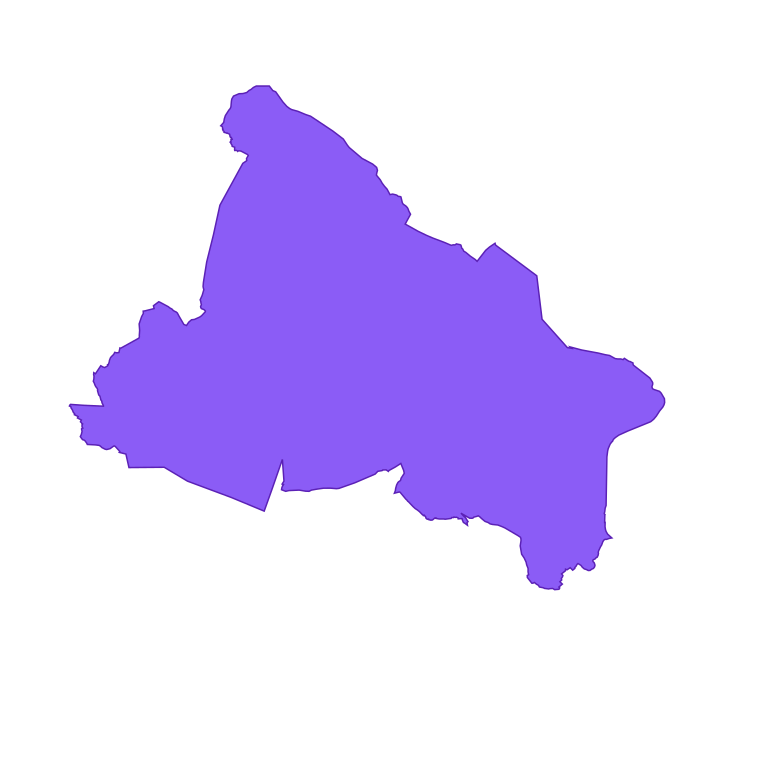 Ecuandureo, Michoacán, Mexico (Albers equal-area conic projection), rotated 210°
{"feature_id": "50627088B9603081712200", "entity_name": "Ecuandureo", "entity_type": "district", "adm_level": 2, "iso_a3": "MEX", "parent_name": "Mexico", "parent_adm1": "Michoacán", "projection": "albers", "projection_center": [-102.25, 20.161], "detail": "fine", "context": "isolated", "style": "filled", "palette": "violet", "viewbox_px": 768, "rotation_deg": 210, "n_neighbors": 0, "source": "geoboundaries", "source_scale": "gbopen_adm2", "svg_char_len": 6171}
<svg xmlns="http://www.w3.org/2000/svg" viewBox="0 0 768 768"><g transform="rotate(210 384 384)"><path d="M632.3,584.7L643.6,578.2L645.4,575.5L646.4,572.7L647.6,570.8L648.6,567.8L651.4,565.0L654.7,562.9L658.3,558.1L658.3,554.7L657.6,552.7L655.2,547.6L654.9,545.8L655.3,543.7L655.6,537.2L654.9,533.9L653.6,530.4L654.5,526.0L652.9,526.1L652.1,525.4L651.1,523.9L650.8,524.0L650.8,523.6L649.9,522.9L648.9,522.8L648.2,522.4L648.2,522.0L646.4,522.5L645.4,522.6L645.3,522.9L642.6,523.1L641.0,521.3L640.2,520.8L639.6,521.2L637.9,520.0L638.8,519.3L638.0,518.1L638.2,516.6L637.3,516.7L636.9,515.8L635.1,514.9L634.3,513.9L631.7,514.4L630.5,512.1L630.0,511.6L628.6,512.5L627.8,512.6L627.0,512.3L626.9,512.7L626.2,513.5L624.2,514.2L617.0,514.5L615.8,514.0L615.8,510.5L614.6,508.9L614.9,508.0L616.6,504.5L615.5,456.8L606.3,427.9L598.6,401.1L591.2,381.7L589.5,378.1L588.8,377.2L587.2,375.6L585.8,369.9L585.3,365.0L583.9,363.8L583.0,362.6L581.8,361.4L581.6,359.4L580.7,358.4L579.7,358.0L577.2,358.4L576.1,358.2L575.1,357.8L574.9,357.2L576.1,351.9L577.1,349.8L580.5,345.1L582.8,343.4L584.0,340.0L584.3,335.9L587.1,335.5L595.5,340.3L598.5,342.2L600.5,342.5L601.1,342.3L603.2,342.3L605.2,342.9L607.5,342.8L609.4,343.1L618.9,342.8L620.2,342.6L622.8,336.5L620.8,334.4L627.5,327.9L629.0,326.7L627.7,324.8L627.6,321.2L626.1,313.6L622.4,308.2L620.2,303.7L619.4,302.5L619.2,301.2L629.7,283.7L630.1,283.3L630.7,283.2L629.3,278.7L631.2,277.3L633.0,276.8L632.9,274.5L633.8,271.3L634.0,269.9L633.6,267.3L632.9,265.4L632.5,262.9L633.0,262.5L632.6,262.1L632.4,261.6L634.1,258.6L636.0,258.2L638.4,258.2L639.0,248.6L641.0,248.7L640.1,246.8L639.2,246.0L637.8,243.3L637.1,241.0L635.6,240.1L633.7,238.5L632.3,237.6L630.0,236.7L628.9,235.6L628.8,235.0L625.6,231.9L623.9,231.4L621.2,228.6L620.0,228.2L618.8,226.7L616.2,225.0L615.9,224.5L633.8,215.2L645.3,209.6L645.5,209.0L645.5,208.0L645.4,207.6L644.0,207.9L642.9,206.7L641.0,205.8L639.0,204.2L636.9,203.4L636.8,202.6L632.6,202.9L632.5,201.3L628.1,201.5L628.0,199.5L626.6,199.2L625.6,198.5L625.1,198.7L624.9,198.0L625.1,197.6L624.3,196.2L622.8,195.2L623.4,194.6L623.5,193.9L621.8,192.0L620.9,189.0L620.7,186.6L617.9,185.3L616.8,185.1L616.0,185.4L614.8,185.4L612.0,184.2L610.7,183.3L603.2,187.1L600.0,188.4L598.5,188.4L596.5,187.9L592.9,188.1L591.4,188.6L588.9,191.0L587.1,195.0L586.3,195.6L585.3,195.5L579.1,193.5L579.1,192.4L572.5,194.3L563.1,184.1L532.7,202.0L505.6,201.6L459.4,209.4L424.2,214.0L428.5,237.6L434.3,267.9L422.1,249.9L422.2,246.4L420.8,246.7L420.8,245.8L421.0,245.8L420.6,243.1L419.9,241.2L415.5,241.9L413.0,244.2L404.4,249.7L398.5,251.9L395.2,253.6L393.8,255.8L389.8,259.2L384.3,263.5L378.5,266.9L372.8,269.6L370.8,271.1L359.9,283.8L346.6,301.6L345.7,305.3L342.3,308.1L342.1,308.9L339.2,310.7L336.5,310.5L336.5,311.5L332.8,317.6L329.7,323.6L323.8,319.0L321.8,316.8L322.1,311.0L321.5,308.9L321.6,308.4L322.5,306.6L322.7,305.6L322.6,302.9L321.7,299.4L320.8,297.2L320.4,294.6L316.8,298.1L315.9,298.3L307.5,295.2L306.4,295.0L304.7,294.3L304.1,294.3L297.7,292.4L294.6,291.7L292.2,291.6L289.5,291.2L285.3,290.0L284.8,290.1L284.1,289.7L283.5,290.5L282.5,290.0L281.8,290.0L280.4,288.7L278.9,288.5L278.3,289.1L277.7,289.3L277.4,288.9L275.3,289.5L274.0,290.5L273.0,293.3L272.1,294.0L271.7,294.0L271.7,293.6L268.7,294.7L264.7,297.0L263.4,297.5L258.7,301.1L258.5,302.3L257.1,303.0L256.9,303.8L255.8,304.0L254.6,304.9L252.9,305.1L252.3,304.3L249.3,306.4L248.7,306.2L248.4,305.6L246.0,303.8L244.4,303.8L241.1,303.4L242.8,305.5L242.4,306.8L246.6,309.0L248.9,309.4L252.8,310.6L242.8,310.6L240.5,311.8L239.8,312.7L239.6,313.7L237.4,315.8L236.5,317.0L234.3,316.8L232.5,316.3L227.8,315.5L224.5,316.1L222.2,315.9L219.8,316.6L214.9,318.8L210.4,319.5L207.3,319.8L192.4,319.7L189.2,319.5L188.0,318.4L187.0,316.8L185.1,311.9L179.7,305.4L175.6,303.4L171.9,300.8L170.0,298.7L167.0,296.3L165.3,293.3L163.4,291.1L164.2,289.8L163.1,288.1L156.4,285.4L155.4,286.0L154.5,287.3L151.5,286.8L150.7,287.0L149.1,286.6L147.9,285.9L144.1,287.2L142.9,287.2L138.8,288.9L138.2,289.6L135.6,291.3L133.4,291.2L130.0,293.6L129.7,294.3L129.9,295.3L131.0,295.6L129.5,299.9L132.8,300.7L132.1,303.1L133.2,304.3L133.0,306.2L133.3,307.6L135.3,308.3L133.5,312.9L134.2,314.4L132.6,314.6L130.9,318.0L127.5,317.1L126.5,319.7L127.0,320.5L126.6,321.9L126.6,324.4L126.2,325.5L122.7,325.4L120.7,324.5L118.1,324.0L116.0,324.5L113.9,324.6L112.4,325.5L111.5,327.5L110.4,329.0L110.2,330.7L110.5,332.2L111.1,333.0L111.9,333.7L112.8,334.4L114.2,334.7L115.0,335.7L114.8,336.6L113.7,338.1L113.4,339.8L112.8,340.5L112.9,342.6L113.6,344.6L114.3,345.3L114.7,346.8L115.1,351.3L115.0,353.3L115.6,356.6L115.6,358.0L115.4,359.2L114.9,360.0L113.6,360.7L111.7,362.9L109.7,364.6L115.3,365.8L118.0,367.4L119.4,368.7L121.2,370.9L123.3,374.7L123.7,374.4L127.2,380.9L127.2,381.3L128.2,381.7L128.5,382.0L128.9,383.6L130.4,387.1L130.9,389.8L154.5,432.3L156.8,437.8L157.5,440.1L158.1,445.0L157.8,447.4L157.4,448.8L157.6,449.7L157.5,451.3L156.8,453.4L155.1,457.1L149.7,464.7L134.7,484.0L134.1,484.9L132.8,488.4L132.1,492.5L131.8,498.6L131.0,503.3L131.1,506.0L131.7,508.3L133.8,511.5L139.4,514.7L141.7,515.4L147.6,514.2L148.8,514.2L149.5,514.5L150.6,515.6L151.1,518.0L151.8,519.3L152.7,520.0L156.7,522.1L177.3,525.0L178.1,525.5L178.9,526.7L182.2,526.5L183.3,526.1L188.7,526.4L189.1,524.7L191.4,524.1L194.0,522.6L196.5,521.6L202.9,521.5L207.0,520.0L214.0,517.9L229.8,512.3L241.2,509.2L239.4,508.7L243.4,507.2L279.5,519.1L305.8,554.1L356.8,560.1L358.2,561.4L361.1,555.4L362.8,550.6L364.7,536.8L367.1,537.4L373.3,537.9L379.0,538.9L381.3,538.9L383.4,540.3L384.4,540.4L386.8,542.7L387.8,542.7L391.4,541.5L391.4,541.2L392.2,539.9L393.7,539.1L395.1,537.7L401.8,536.9L414.8,534.8L421.5,534.0L430.8,533.3L445.6,533.1L445.9,544.3L448.7,546.0L451.0,547.9L452.1,548.5L454.1,549.1L457.2,549.3L458.7,550.1L462.9,554.5L463.8,554.4L465.5,553.6L466.7,553.9L468.1,553.8L471.5,552.8L473.5,551.0L478.8,554.3L482.5,555.5L486.0,557.0L489.2,558.9L495.0,561.1L495.8,563.2L496.5,565.8L498.7,567.9L503.8,568.8L515.8,568.4L532.3,571.4L535.1,572.5L541.7,575.8L554.8,577.5L581.5,579.2L586.5,578.2L594.9,577.1L601.1,575.5L603.3,575.4L606.9,575.8L612.6,577.7L623.9,582.9L627.0,582.5L632.3,584.7Z" fill="#8b5cf6" stroke="#5b21b6" stroke-width="1.5"/></g></svg>